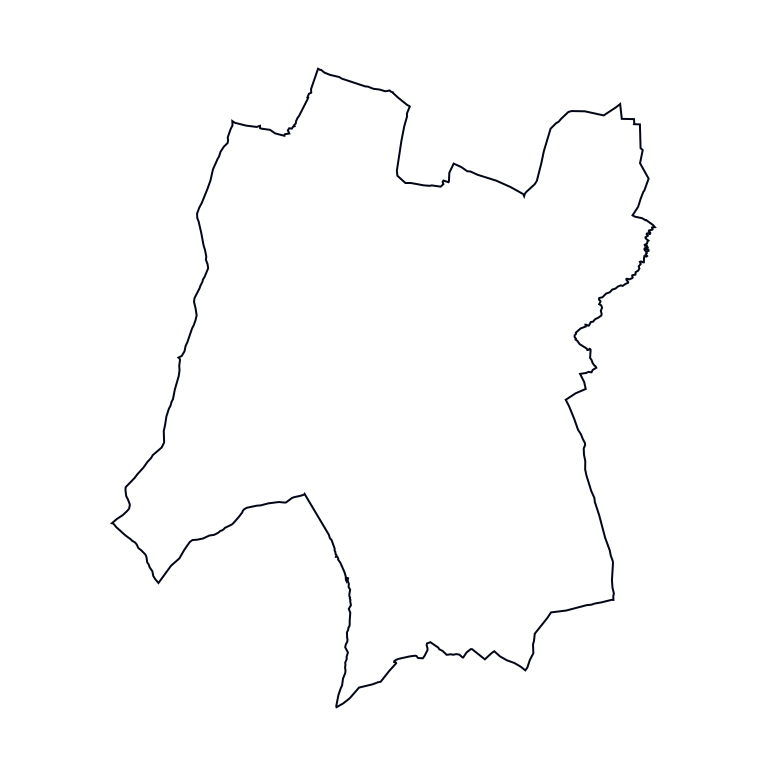 outline of Bara, Timis, Romania, rotated 176°
{"feature_id": "2599482B38713319059760", "entity_name": "Bara", "entity_type": "district", "adm_level": 2, "iso_a3": "ROU", "parent_name": "Romania", "parent_adm1": "Timis", "projection": "natural_earth1", "projection_center": [21.891, 45.906], "detail": "fine", "context": "isolated", "style": "outline", "palette": "ink", "viewbox_px": 768, "rotation_deg": 176, "n_neighbors": 0, "source": "geoboundaries", "source_scale": "gbopen_adm2", "svg_char_len": 6146}
<svg xmlns="http://www.w3.org/2000/svg" viewBox="0 0 768 768"><g transform="rotate(176 384 384)"><path d="M427.8,703.1L436.2,683.3L436.3,679.7L438.7,678.7L440.4,675.2L439.7,674.9L440.4,673.4L450.0,657.4L451.7,655.4L453.4,652.3L453.9,650.0L455.7,648.4L455.2,647.4L456.8,647.0L458.1,645.2L460.8,645.7L462.2,643.7L461.0,640.5L465.3,640.1L465.8,639.7L466.0,638.6L468.0,639.2L475.1,641.6L480.0,645.5L488.6,647.3L489.8,647.9L489.7,650.2L493.1,649.3L503.6,651.4L514.6,655.0L517.0,656.9L517.1,652.5L519.2,649.0L522.7,640.9L522.5,638.2L523.2,635.3L527.2,631.9L530.9,627.0L532.7,622.4L534.1,620.5L539.7,609.9L542.9,599.2L546.1,591.8L553.1,577.4L556.1,572.6L558.6,567.0L558.7,562.6L557.6,559.1L555.8,547.8L554.3,534.7L553.2,530.2L552.4,523.4L553.0,520.3L551.7,516.1L551.3,511.8L555.7,503.0L557.3,500.9L558.0,498.6L560.3,494.8L561.4,492.2L567.1,482.8L567.8,479.2L566.7,472.8L566.1,465.6L567.4,461.3L569.5,456.3L571.6,452.8L577.2,439.5L579.3,435.7L580.7,430.6L583.8,426.1L587.2,424.7L586.2,423.7L585.8,422.3L587.0,416.6L587.0,412.0L588.2,406.3L593.1,392.9L595.6,383.5L597.1,381.2L598.5,377.2L600.3,374.4L603.4,366.6L605.3,358.1L607.0,352.5L607.4,341.0L610.3,336.1L619.6,329.2L621.6,326.3L625.4,322.8L629.8,317.4L636.3,311.2L639.2,307.8L648.9,299.1L649.3,296.3L649.0,290.2L647.5,286.8L646.0,281.7L646.1,280.5L647.0,277.4L649.1,275.2L653.8,271.4L660.2,267.8L665.1,264.1L663.7,263.6L660.9,259.7L652.5,251.0L647.3,246.6L646.1,245.1L643.5,243.4L641.9,241.2L640.5,237.5L637.8,235.1L633.9,230.5L633.1,228.2L632.6,222.4L631.4,220.6L630.5,217.4L628.1,213.3L627.6,208.7L625.9,205.4L622.9,201.2L609.1,217.6L600.3,224.3L594.7,232.6L588.8,239.9L586.0,241.7L581.3,241.7L575.3,242.5L568.9,245.0L563.9,245.4L559.5,247.3L557.5,248.9L555.9,249.2L554.0,250.3L552.7,251.6L545.7,254.4L544.0,255.7L538.5,261.1L534.4,265.7L533.8,267.2L532.2,268.8L529.5,270.1L519.4,271.5L515.6,271.5L507.7,273.0L497.0,273.6L491.1,272.6L490.0,272.7L484.1,276.5L481.9,277.3L475.2,278.3L471.4,279.2L470.9,279.9L449.5,237.4L448.7,233.8L447.2,232.1L444.7,223.2L444.9,221.4L444.3,220.1L444.1,217.6L443.4,216.7L444.0,215.0L442.6,214.9L441.8,212.9L442.0,212.0L440.0,208.7L436.6,199.2L435.6,194.8L435.7,191.2L435.2,190.1L434.4,193.1L433.4,192.8L434.0,190.4L433.0,187.0L433.5,184.0L432.1,181.2L433.2,176.9L433.3,174.5L432.7,173.4L433.1,172.2L432.5,170.8L432.9,169.9L432.4,165.7L434.8,162.1L433.6,158.1L434.7,150.6L435.0,146.3L435.5,144.6L436.5,143.4L436.9,141.2L438.3,138.9L438.5,132.9L438.2,132.2L438.6,129.5L440.2,127.0L441.1,124.1L438.7,118.7L440.4,114.3L440.3,112.4L442.1,108.8L442.1,106.1L442.6,104.1L442.4,100.5L442.9,98.2L445.4,93.1L446.9,86.0L448.2,83.9L451.2,76.8L454.1,66.0L453.9,64.9L447.0,68.2L440.1,72.9L430.1,82.9L416.4,85.2L410.7,86.9L408.1,87.2L398.7,97.5L391.7,104.2L391.3,104.7L391.6,105.3L393.3,106.0L393.1,106.8L391.7,107.7L389.2,108.7L377.2,110.5L371.9,110.8L370.5,110.3L369.5,108.6L368.8,108.2L364.4,107.7L362.4,110.1L359.3,115.3L359.0,117.1L359.7,120.5L359.2,122.2L355.8,123.2L348.3,117.3L347.3,115.5L344.1,113.6L340.4,109.5L335.9,109.7L334.1,109.1L330.6,109.5L327.7,108.8L324.7,105.7L324.1,105.6L320.4,110.4L315.9,113.5L314.6,113.3L302.6,102.3L295.5,108.0L292.6,109.7L287.3,104.2L280.7,99.8L273.4,96.6L267.4,92.5L263.0,88.5L260.8,91.1L257.8,98.4L253.8,105.0L253.5,113.9L252.3,117.2L251.0,124.4L237.4,139.2L233.3,144.5L218.1,145.3L197.6,149.2L192.3,149.4L189.0,150.3L182.9,150.9L172.0,152.8L170.2,152.6L170.1,156.3L169.3,159.0L170.3,165.1L170.3,172.4L168.1,189.0L168.1,191.2L169.8,197.2L170.4,202.2L174.1,215.1L178.5,238.1L181.9,251.6L182.1,255.7L184.7,262.7L188.4,278.5L189.3,284.8L188.6,293.0L189.4,299.4L189.3,305.0L189.2,306.0L187.7,308.8L187.6,310.9L189.6,315.5L191.0,320.0L193.6,324.7L196.7,336.0L200.9,348.8L203.8,355.6L193.4,361.4L183.1,365.0L184.2,372.1L187.7,380.4L181.6,380.9L179.3,381.8L176.2,381.2L174.8,383.5L171.1,385.4L171.9,387.1L172.7,387.6L174.3,390.1L175.3,393.5L176.6,395.6L175.5,403.7L175.8,404.4L176.5,404.8L177.6,403.8L178.7,403.7L179.3,405.2L186.0,410.1L188.2,413.6L189.8,415.0L189.4,415.9L190.4,417.2L190.6,418.5L190.4,419.3L188.9,420.7L189.0,421.9L184.0,425.7L178.7,427.3L178.9,429.1L178.0,429.0L176.3,427.9L175.4,428.1L173.4,431.4L171.1,431.6L168.9,433.9L165.6,435.2L162.4,437.2L162.0,438.7L162.6,441.8L161.1,445.0L161.9,447.3L163.8,448.6L162.3,451.0L162.5,451.9L163.5,452.9L163.6,453.9L163.2,454.8L160.0,455.3L156.3,458.6L152.3,459.8L149.7,462.3L146.5,463.0L143.9,464.9L140.7,465.9L139.4,465.2L138.9,465.3L136.1,467.0L133.4,468.0L133.3,468.8L134.9,471.0L134.9,471.8L134.1,472.1L131.7,471.3L129.0,472.3L128.5,473.0L128.9,474.4L128.7,475.2L125.6,475.6L125.1,478.1L122.6,479.3L121.2,481.3L121.7,483.7L119.5,485.8L120.2,488.0L119.0,488.3L117.2,487.3L116.3,487.3L115.9,491.2L115.3,493.4L113.4,492.8L112.6,493.3L113.9,495.1L112.7,496.2L113.5,497.8L110.9,498.3L110.8,499.4L111.2,500.0L112.5,500.3L114.6,499.6L114.9,500.4L114.5,501.2L111.5,502.1L112.0,503.3L114.1,503.8L114.2,504.7L111.8,505.7L111.3,507.6L110.2,508.6L111.9,510.0L113.0,511.5L112.9,512.2L110.5,513.4L111.5,515.1L111.3,515.7L110.1,516.0L108.8,515.1L108.0,515.3L107.8,516.2L109.2,518.1L109.0,518.6L105.5,519.3L105.2,519.8L105.8,521.1L105.6,521.5L102.9,521.6L104.4,523.7L111.1,529.3L111.7,529.1L114.8,531.3L122.2,533.5L124.3,534.9L118.1,543.1L115.0,551.0L111.8,557.8L110.9,558.6L105.7,570.4L113.2,586.4L109.6,599.3L111.6,601.4L110.6,625.1L116.5,625.8L116.2,626.6L116.1,630.8L128.3,631.9L128.9,646.8L133.0,644.0L146.1,636.6L164.5,642.0L177.7,643.2L181.1,642.5L188.8,636.2L191.4,633.5L194.2,632.1L200.0,627.1L208.3,605.1L211.7,593.1L217.4,575.9L219.7,572.8L228.5,565.8L230.2,564.0L231.1,561.6L231.8,563.7L244.1,571.7L258.0,579.1L276.1,586.2L282.8,589.9L286.2,590.5L291.6,594.9L299.1,599.0L304.1,590.2L305.1,581.6L305.6,580.8L310.5,582.8L311.4,581.6L310.8,579.3L313.7,576.9L322.5,578.8L324.4,578.5L330.5,579.4L343.0,582.6L348.6,583.0L356.1,590.8L356.3,595.8L349.7,625.2L345.9,639.4L342.3,649.5L342.3,652.2L338.9,659.0L339.1,659.3L341.6,660.9L350.1,668.8L354.8,673.8L354.7,674.2L357.0,675.3L357.9,676.4L362.2,675.9L368.1,678.1L373.9,679.2L379.4,681.8L382.0,682.2L404.7,691.5L407.4,693.4L416.2,696.1L421.7,698.8L424.9,701.8L425.8,701.8L427.8,703.1Z" fill="none" stroke="#020617" stroke-width="2"/></g></svg>